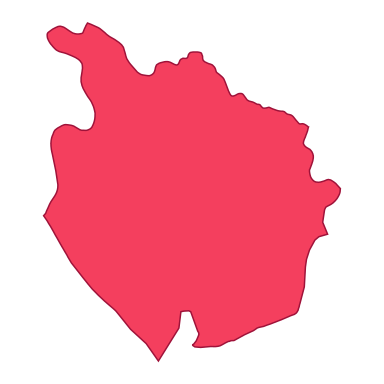 Can Gio, Vietnam
{"feature_id": "81297802B7702852417854", "entity_name": "Can Gio", "entity_type": "district", "adm_level": 2, "iso_a3": "VNM", "parent_name": "Vietnam", "parent_adm1": "", "projection": "orthographic", "projection_center": [106.861, 10.519], "detail": "fine", "context": "isolated", "style": "filled", "palette": "rose", "viewbox_px": 384, "rotation_deg": 0, "n_neighbors": 0, "source": "geoboundaries", "source_scale": "gbopen_adm2", "svg_char_len": 5714}
<svg xmlns="http://www.w3.org/2000/svg" viewBox="0 0 384 384"><path d="M43.6,215.7L47.2,220.9L48.6,223.4L50.4,226.2L53.2,231.1L55.3,235.0L57.0,237.9L58.4,240.4L59.3,242.0L60.2,243.6L60.7,244.5L61.5,245.8L61.6,246.1L62.6,247.7L64.6,251.2L67.0,255.2L68.0,257.2L71.4,262.9L83.0,277.7L87.5,283.3L87.7,283.6L92.3,289.1L98.5,295.4L104.8,301.3L109.2,305.1L113.2,308.5L115.7,310.8L116.8,312.1L118.9,314.7L130.6,329.3L146.2,343.6L158.4,361.0L178.9,328.1L180.9,311.7L183.9,311.1L188.8,310.8L190.7,311.7L191.6,314.1L197.7,331.1L198.6,332.6L198.9,334.1L198.5,335.6L197.2,338.7L196.2,340.9L193.7,344.1L192.7,344.7L192.7,345.3L193.1,345.7L194.9,346.9L200.6,347.4L210.7,346.5L215.3,346.6L217.9,346.3L220.0,345.8L222.2,344.7L225.4,342.9L228.2,341.5L229.6,341.3L230.8,340.7L232.4,340.6L233.5,340.6L234.3,340.4L236.4,339.2L244.6,334.7L253.5,330.6L256.1,328.8L257.2,328.0L258.9,327.4L260.3,327.1L263.6,326.4L267.0,325.1L270.3,324.0L282.3,319.3L283.7,318.7L290.2,315.9L292.0,315.2L294.3,314.4L295.5,313.6L296.3,313.0L297.0,312.1L298.1,310.2L298.5,308.6L299.1,306.9L299.6,304.5L299.9,303.7L304.3,286.9L305.4,267.1L306.5,259.3L309.5,250.0L314.9,240.1L318.9,236.7L327.6,234.2L322.7,222.3L324.2,212.2L324.6,209.7L325.3,208.2L325.7,207.3L327.0,206.4L330.7,204.5L332.9,203.0L335.1,200.9L337.0,198.6L338.1,196.8L338.8,195.5L339.4,194.2L339.9,192.7L340.1,191.6L340.3,189.3L340.4,188.6L337.1,185.0L335.8,183.5L333.6,181.8L330.7,180.0L328.3,179.5L326.7,179.9L324.4,180.9L320.6,182.0L318.6,182.3L315.8,182.0L314.2,181.3L312.9,180.2L311.5,178.5L310.6,176.8L309.9,174.3L309.5,171.8L309.5,169.7L309.8,169.3L310.0,168.8L310.7,166.9L311.6,164.5L312.8,160.8L313.3,157.8L313.3,155.8L312.8,153.8L311.9,151.8L311.0,150.6L309.9,149.4L306.4,147.4L304.8,146.0L303.9,144.7L303.4,143.6L303.4,143.0L303.5,142.1L303.8,140.7L304.2,139.7L304.5,138.8L305.3,137.1L305.9,135.3L306.6,133.5L307.0,132.4L307.4,131.3L307.8,129.8L308.0,128.7L308.5,127.0L308.3,127.0L308.0,126.7L307.4,126.2L306.6,125.5L305.1,124.6L304.1,124.1L303.5,123.9L302.9,123.8L302.2,123.7L301.7,123.8L301.0,123.9L300.6,123.9L300.0,124.0L299.5,123.8L299.1,123.6L298.8,123.4L297.5,121.9L296.1,120.3L294.1,117.8L293.3,116.8L292.6,116.1L291.8,115.5L291.4,115.2L290.3,114.8L289.5,114.6L288.6,114.4L287.8,114.3L287.2,114.0L286.5,113.6L285.4,112.6L284.5,111.8L283.8,111.5L283.0,111.3L282.3,111.2L281.0,111.2L278.3,110.8L276.6,110.3L272.4,108.8L270.9,108.1L269.8,107.6L269.0,107.3L268.3,107.4L267.2,107.7L266.1,108.0L264.9,108.1L264.2,108.2L263.4,108.1L262.9,107.9L262.5,107.7L262.0,107.2L261.4,106.5L260.9,106.0L260.4,105.2L259.6,104.6L258.9,104.4L258.1,104.3L257.6,104.3L257.2,104.3L256.2,103.8L254.8,103.0L253.6,102.4L252.6,102.0L250.7,101.5L249.2,101.1L248.0,100.5L246.9,99.7L245.6,97.8L244.4,96.2L243.4,94.8L242.8,94.2L242.0,93.7L241.2,93.5L240.0,93.5L238.9,93.6L238.0,93.9L237.0,94.4L236.1,94.9L235.3,95.4L234.0,95.8L233.1,96.1L232.1,96.0L231.3,95.7L230.8,95.2L230.7,95.1L229.8,93.7L228.4,90.7L225.3,82.4L223.9,79.1L223.0,77.8L221.9,76.7L221.0,75.9L219.0,74.2L217.5,73.1L217.2,72.9L216.4,72.1L216.0,71.0L215.4,68.9L214.6,67.3L213.5,66.1L212.4,65.0L211.4,64.5L210.0,64.0L208.8,63.7L207.9,63.3L207.4,63.1L206.2,62.5L204.7,61.8L203.2,60.4L202.7,58.8L202.6,57.9L202.6,56.9L202.5,56.0L202.2,55.3L201.8,54.3L201.7,53.8L201.4,53.3L201.1,52.9L200.1,52.5L198.8,52.2L197.3,52.0L193.2,52.0L191.9,52.2L190.7,52.4L190.3,52.5L189.8,52.9L189.1,53.7L188.7,54.2L188.4,54.8L188.1,55.9L187.8,57.0L187.4,57.7L186.6,58.2L186.1,58.4L184.7,58.4L183.6,58.3L182.8,58.3L181.7,58.9L180.7,59.4L180.3,59.9L179.8,60.7L179.3,62.0L178.7,63.4L178.1,64.3L177.1,64.9L176.3,65.0L175.6,64.8L174.2,64.3L172.1,63.2L170.3,62.3L168.7,61.8L167.5,61.6L166.0,61.6L164.3,61.8L162.7,62.2L160.3,62.8L158.8,63.4L156.8,64.7L156.5,65.0L156.0,66.1L155.5,67.4L155.1,69.5L154.6,71.2L154.0,72.6L153.3,73.5L151.9,74.7L150.6,75.3L149.5,75.7L148.7,75.7L147.2,75.6L145.1,75.3L142.6,74.9L140.8,74.4L139.3,73.5L137.4,72.2L133.3,67.5L130.6,64.4L129.3,62.8L126.9,59.0L126.5,58.0L125.8,55.9L125.4,54.1L124.8,52.0L124.4,50.7L123.4,47.3L121.6,44.8L119.0,42.5L114.7,39.5L109.6,36.6L106.9,34.6L105.9,33.7L104.9,32.7L101.5,29.9L99.6,28.4L98.0,27.5L96.0,26.6L90.9,24.3L87.5,23.0L85.9,25.7L85.5,26.7L84.6,28.5L82.9,32.7L82.4,33.2L81.6,33.5L80.5,33.7L79.6,33.9L78.6,34.0L77.6,34.0L76.8,34.0L76.2,33.9L74.9,33.7L73.8,33.3L72.9,33.1L72.2,32.7L69.5,31.0L65.4,28.2L63.9,27.3L63.2,27.0L62.5,26.8L61.5,26.5L60.1,26.2L58.1,26.5L55.8,27.5L52.7,29.1L50.5,30.7L48.6,32.1L47.9,32.7L47.6,33.3L47.4,33.6L47.2,34.2L47.2,34.8L47.2,35.5L47.2,36.0L47.3,36.7L47.4,37.6L47.5,38.1L47.9,39.0L48.3,40.0L49.1,41.5L50.0,43.0L50.7,44.0L51.7,45.1L52.8,46.5L54.2,48.0L55.7,49.5L56.8,50.3L58.9,51.4L59.7,51.7L60.1,51.8L61.5,52.2L61.9,52.3L64.3,52.9L66.1,53.5L67.0,53.8L71.8,55.8L75.5,57.5L78.5,59.4L80.2,61.0L81.3,62.6L81.8,63.2L81.9,63.5L82.0,63.7L82.3,65.2L82.4,66.4L82.5,68.2L82.3,69.7L82.1,71.5L81.1,77.7L81.1,81.7L82.0,85.5L83.2,88.6L85.4,92.6L87.8,96.6L89.1,98.4L90.5,100.4L91.4,101.9L91.5,102.1L93.3,106.1L93.9,107.9L94.4,109.8L94.9,112.1L95.1,113.2L95.0,116.7L94.8,118.9L94.3,121.2L93.7,123.2L92.7,125.6L92.5,125.9L91.7,127.5L90.0,129.0L88.3,129.8L86.9,130.3L85.5,130.4L83.8,130.3L81.7,130.3L80.0,129.8L77.3,128.2L74.1,126.3L73.8,126.1L71.7,125.4L70.1,125.1L67.8,124.8L66.8,124.7L65.5,124.6L64.1,124.8L62.1,125.6L61.5,125.9L60.1,126.7L59.6,127.0L58.8,127.4L57.9,127.9L57.2,128.4L56.6,128.8L56.1,129.3L55.5,129.6L55.0,130.2L54.7,130.5L53.7,132.3L53.0,134.4L52.3,135.9L51.7,137.7L51.2,140.3L50.9,143.6L51.0,144.8L51.0,145.9L51.4,149.6L52.1,153.1L52.2,153.3L55.8,170.8L57.9,184.8L57.9,185.0L57.8,187.6L57.4,189.8L56.8,191.8L56.1,193.5L54.8,195.9L53.4,198.0L51.0,201.6L49.6,204.2L47.9,208.1L46.5,211.1L45.7,213.3L44.4,214.8L43.6,215.7Z" fill="#f43f5e" stroke="#9f1239" stroke-width="1.5"/></svg>